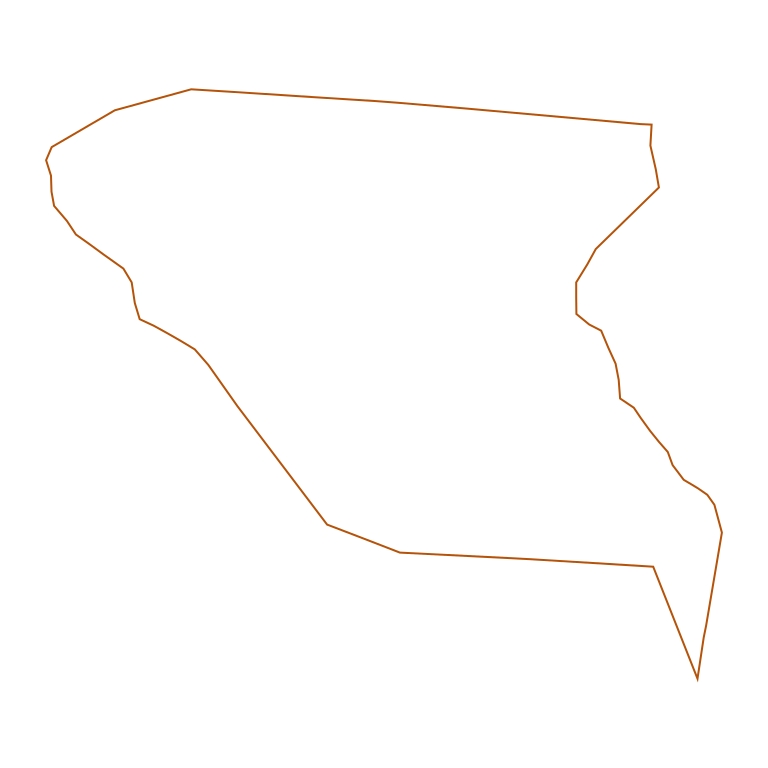 Amélia Rodrigues, Bahia, Brazil
{"feature_id": "56859067B5389964969213", "entity_name": "Amélia Rodrigues", "entity_type": "district", "adm_level": 2, "iso_a3": "BRA", "parent_name": "Brazil", "parent_adm1": "Bahia", "projection": "albers", "projection_center": [-38.712, -12.439], "detail": "fine", "context": "isolated", "style": "outline", "palette": "amber", "viewbox_px": 768, "rotation_deg": 0, "n_neighbors": 0, "source": "geoboundaries", "source_scale": "gbopen_adm2", "svg_char_len": 884}
<svg xmlns="http://www.w3.org/2000/svg" viewBox="0 0 768 768"><path d="M651.6,124.6L640.5,124.1L467.0,108.6L398.5,102.8L376.0,101.1L314.3,97.2L229.5,91.7L191.2,89.3L114.8,110.3L51.7,147.1L46.1,160.2L51.0,175.7L51.5,191.7L54.1,205.9L66.9,220.9L75.9,234.5L89.8,244.4L103.3,254.3L123.4,268.6L131.7,282.4L134.8,303.0L139.7,319.2L153.7,325.7L166.4,332.7L180.4,340.7L194.8,349.4L208.3,364.9L237.3,406.0L327.1,524.6L359.3,536.9L399.9,552.6L511.4,558.2L530.3,559.2L653.2,566.7L697.5,678.7L703.7,637.6L706.1,625.7L721.9,532.6L717.4,515.9L714.4,504.8L707.3,494.8L697.6,488.1L683.7,479.8L672.6,465.1L667.8,452.0L658.9,441.8L650.1,430.9L640.7,417.9L633.8,407.7L620.1,398.5L618.7,379.9L615.6,363.7L608.3,347.7L601.2,330.7L589.2,324.5L576.4,314.0L576.2,297.4L576.2,282.4L587.3,264.4L595.8,249.0L658.9,187.5L655.8,169.4L650.4,145.6L651.6,124.6Z" fill="none" stroke="#b45309" stroke-width="2"/></svg>